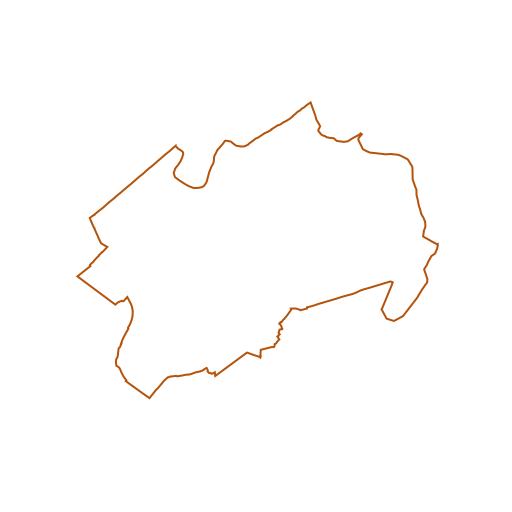 Koggenland, Noord-Holland, Netherlands, rotated 143°
{"feature_id": "6326949B66554747402730", "entity_name": "Koggenland", "entity_type": "district", "adm_level": 2, "iso_a3": "NLD", "parent_name": "Netherlands", "parent_adm1": "Noord-Holland", "projection": "natural_earth1", "projection_center": [4.952, 52.648], "detail": "fine", "context": "isolated", "style": "outline", "palette": "amber", "viewbox_px": 512, "rotation_deg": 143, "n_neighbors": 0, "source": "geoboundaries", "source_scale": "gbopen_adm2", "svg_char_len": 6062}
<svg xmlns="http://www.w3.org/2000/svg" viewBox="0 0 512 512"><g transform="rotate(143 256 256)"><path d="M207.3,362.6L209.6,365.2L211.1,366.5L211.5,366.6L212.1,366.5L213.7,365.9L215.5,365.4L221.8,364.1L223.3,363.8L225.7,362.5L228.1,361.4L229.2,360.8L230.0,360.1L231.6,358.3L233.5,356.3L235.1,355.4L238.3,353.9L241.8,351.8L243.3,350.8L250.7,345.0L251.4,344.6L254.9,343.4L255.9,343.3L256.9,343.4L257.8,343.6L258.8,344.0L261.3,345.3L264.4,347.4L264.8,347.8L265.4,348.7L267.7,352.3L269.7,356.9L271.7,362.5L272.8,366.3L273.2,367.8L273.1,368.1L272.2,370.7L272.1,371.2L271.9,371.6L271.6,371.9L269.1,373.6L268.3,374.3L266.4,374.9L263.4,375.6L259.4,377.0L255.9,378.9L252.7,381.3L252.1,382.4L251.9,383.2L251.9,383.7L252.3,385.2L253.6,388.6L254.0,391.7L254.1,392.1L253.9,392.4L262.2,391.8L268.0,391.6L273.3,391.2L277.4,391.0L278.5,390.9L280.8,390.7L285.2,390.4L288.6,390.4L290.9,390.2L291.9,390.1L293.3,390.1L294.2,389.9L298.0,389.6L301.4,389.6L305.5,389.3L306.7,389.2L309.1,389.0L310.0,389.0L311.7,388.8L314.1,388.7L315.9,388.7L317.0,388.6L322.4,388.3L326.4,388.0L328.0,388.0L332.1,387.8L334.7,387.5L341.3,387.3L348.2,386.7L352.3,386.6L354.6,386.6L359.4,386.4L359.8,386.1L360.6,386.1L360.9,386.4L365.9,386.4L367.4,380.6L368.4,376.0L368.2,375.4L368.4,375.2L368.4,375.3L368.6,374.9L369.3,372.0L370.2,367.9L371.1,364.5L371.5,362.3L372.1,359.7L372.1,359.4L369.3,352.7L376.6,351.5L376.8,351.6L377.0,351.8L380.1,351.2L381.0,351.2L381.5,350.7L383.2,350.6L387.3,349.9L388.4,349.7L389.4,349.2L390.1,349.1L391.5,349.2L393.8,348.8L394.2,348.7L394.2,347.9L394.3,347.6L410.9,347.2L397.6,301.8L394.3,302.1L390.2,301.1L390.1,300.7L389.5,299.8L388.7,299.7L383.5,300.7L384.7,293.2L385.1,291.6L385.8,289.7L386.9,287.5L387.8,285.9L389.1,284.3L390.7,282.4L392.0,281.2L393.3,280.2L395.7,278.5L398.4,277.0L401.6,275.6L401.7,274.7L405.8,273.0L412.0,270.1L415.8,267.7L416.4,267.2L416.2,267.0L416.8,266.6L417.1,266.8L419.2,265.2L421.3,264.9L425.4,260.6L427.5,258.6L429.2,257.9L429.8,257.6L430.2,257.2L431.3,256.1L433.0,253.5L433.5,252.5L433.5,252.4L433.3,252.2L433.2,251.6L432.7,250.1L432.5,249.4L432.5,248.5L432.7,247.2L433.5,244.2L434.2,240.2L434.4,237.8L434.3,234.7L434.5,234.6L435.3,234.4L430.3,218.2L428.1,211.2L427.9,210.7L426.6,206.6L417.3,209.0L416.2,209.2L414.2,209.4L404.5,211.7L400.7,212.1L399.1,212.1L398.2,211.5L396.9,211.4L396.1,210.7L392.0,208.4L391.9,208.2L391.3,207.4L390.7,206.9L388.6,205.9L387.9,205.5L385.3,204.2L383.3,203.3L381.6,202.1L380.4,201.4L377.3,200.3L374.7,199.6L372.0,198.3L371.5,198.2L370.7,197.7L368.3,196.9L366.5,196.6L365.7,196.6L364.8,196.7L362.8,196.3L363.0,195.3L363.2,193.9L363.3,193.7L364.0,193.2L364.1,192.9L364.1,192.5L363.8,190.8L362.8,189.9L362.6,189.5L362.4,188.8L362.1,188.5L360.3,188.0L358.9,187.9L360.7,184.7L321.3,184.3L317.5,178.5L315.0,174.9L313.8,173.0L313.6,172.5L313.6,172.3L313.2,172.5L312.4,173.4L312.2,173.6L312.4,173.9L312.3,174.1L308.6,178.2L298.2,173.8L297.3,173.1L296.2,172.5L295.2,173.2L294.1,174.4L293.1,174.1L292.7,174.1L291.4,174.4L291.0,174.7L290.5,174.9L288.6,175.2L287.6,175.3L287.5,176.7L287.4,178.8L286.1,178.7L286.0,178.8L286.0,179.1L285.9,179.2L284.2,179.2L284.2,181.0L283.9,181.4L283.2,181.7L282.7,182.0L281.8,182.9L281.4,183.0L280.1,182.4L279.4,182.1L279.1,181.8L278.8,182.0L278.6,183.2L278.1,184.5L277.9,186.0L277.8,186.8L277.9,187.1L277.8,187.3L278.2,187.7L278.2,187.9L276.7,188.4L276.2,188.4L275.8,187.9L275.7,187.8L274.8,188.1L272.0,188.8L271.8,188.8L271.5,188.7L270.0,189.1L267.3,189.7L265.0,190.4L264.2,190.7L261.5,191.5L260.4,191.9L260.0,192.1L259.8,193.0L255.8,190.1L252.9,186.1L253.0,185.9L251.1,185.1L246.8,183.4L246.1,184.3L244.2,183.4L238.9,181.4L235.4,180.3L229.9,178.2L218.9,174.1L216.0,173.0L214.1,172.4L209.7,170.8L201.4,167.4L196.7,166.2L193.2,165.6L191.2,164.8L190.7,164.8L188.3,163.8L183.9,162.1L166.1,155.6L164.0,154.8L162.7,152.9L162.7,152.6L163.4,152.3L164.3,151.6L165.4,150.9L187.4,137.9L187.8,137.9L188.3,134.5L189.4,127.5L189.3,127.2L185.3,121.6L184.9,121.1L184.5,121.0L180.0,120.3L174.8,119.6L174.5,119.6L152.3,125.7L148.5,127.3L146.1,128.2L143.7,129.2L138.6,130.9L135.5,131.8L135.1,132.0L133.2,134.2L132.9,134.7L131.3,139.4L130.3,142.6L129.8,144.0L129.6,144.3L125.0,146.0L121.7,147.9L115.9,150.4L115.6,150.4L111.9,150.2L110.7,150.6L110.1,151.1L107.2,152.6L106.0,153.7L104.5,154.9L104.3,155.1L103.9,156.1L103.7,156.3L104.5,156.6L104.5,156.8L105.7,159.4L105.8,159.8L106.0,159.8L108.1,164.8L110.6,170.5L110.7,171.3L110.2,171.6L106.7,175.1L103.9,176.9L103.2,177.4L102.6,178.1L100.6,181.1L100.3,181.9L99.6,184.3L99.1,186.4L99.0,188.6L98.5,190.6L97.6,192.8L97.1,193.9L96.2,196.5L95.8,197.8L94.9,199.8L93.5,202.5L91.4,207.4L90.6,208.8L88.1,212.2L87.9,212.7L87.5,214.0L87.4,214.8L84.9,222.6L84.4,223.4L79.6,230.0L77.7,232.8L77.3,234.5L76.8,240.2L76.7,241.9L79.9,248.7L81.5,251.2L87.0,256.4L88.9,257.6L89.8,258.1L92.0,259.8L94.1,261.9L101.4,268.8L102.5,269.7L103.2,270.7L104.5,273.1L104.7,273.3L105.0,274.0L106.3,276.9L106.3,277.3L104.5,286.6L104.0,287.6L103.4,288.3L103.0,288.5L98.2,289.5L98.7,291.0L100.4,290.7L107.1,291.8L110.9,292.2L113.1,292.2L114.0,292.5L114.4,292.8L116.7,294.0L117.3,294.4L118.3,295.4L122.0,299.0L122.4,299.9L122.7,301.5L122.8,302.4L123.0,303.0L123.9,304.1L126.3,306.3L127.8,308.0L128.5,309.2L128.7,310.0L128.9,310.5L129.7,311.4L130.6,313.0L130.7,313.5L130.8,314.5L130.8,315.6L130.9,315.9L130.8,316.2L131.0,317.4L130.9,318.4L130.6,318.9L130.4,319.1L126.7,321.0L126.3,323.5L125.7,328.7L125.5,329.2L124.4,331.7L124.0,332.8L120.0,345.8L120.9,345.8L124.2,346.0L126.6,345.9L127.9,345.7L128.7,345.9L130.9,346.1L132.0,345.9L133.6,345.8L135.8,346.1L140.3,345.7L142.2,345.7L142.5,345.4L146.3,345.3L150.1,345.6L151.1,345.8L152.4,345.9L153.4,346.3L155.4,346.3L157.9,346.5L159.6,347.0L159.8,347.3L161.8,347.4L163.9,347.6L165.6,347.7L166.5,347.9L167.2,347.9L167.2,347.7L167.6,347.6L169.1,347.7L172.7,348.2L175.1,348.9L175.6,348.9L182.8,349.3L185.9,350.0L187.7,349.9L191.1,349.9L191.9,349.9L193.9,350.0L194.6,349.9L195.2,349.7L195.6,349.7L197.0,350.1L198.1,350.2L199.8,350.8L202.8,353.1L203.9,354.5L205.0,355.4L205.8,356.9L207.3,362.6Z" fill="none" stroke="#b45309" stroke-width="2"/></g></svg>